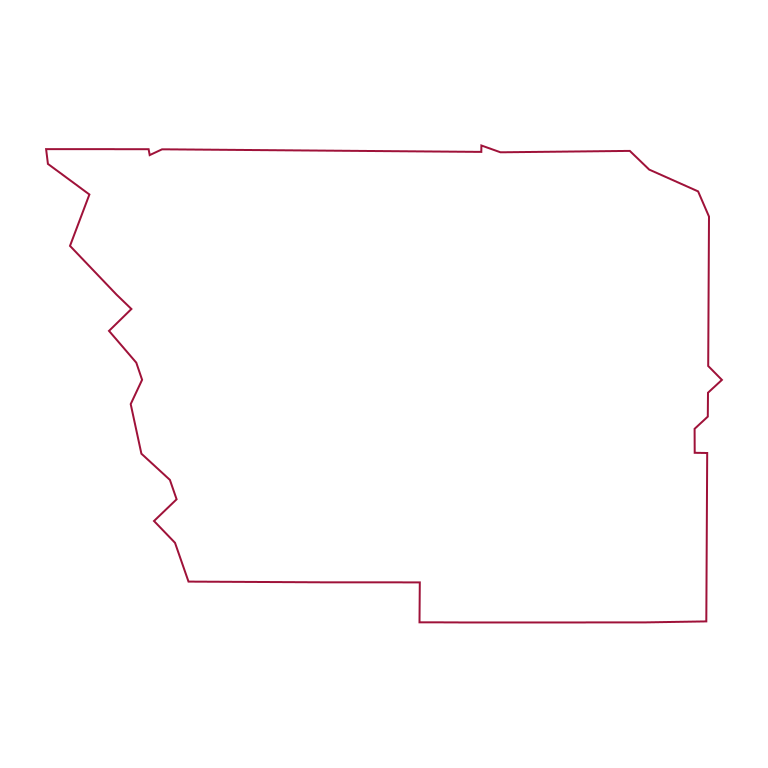 Harris, Georgia, United States of America (Natural Earth projection)
{"feature_id": "52423323B69997643015907", "entity_name": "Harris", "entity_type": "district", "adm_level": 2, "iso_a3": "USA", "parent_name": "United States of America", "parent_adm1": "Georgia", "projection": "natural_earth1", "projection_center": [-84.945, 32.728], "detail": "fine", "context": "isolated", "style": "outline", "palette": "rose", "viewbox_px": 768, "rotation_deg": 0, "n_neighbors": 0, "source": "geoboundaries", "source_scale": "gbopen_adm2", "svg_char_len": 662}
<svg xmlns="http://www.w3.org/2000/svg" viewBox="0 0 768 768"><path d="M698.1,191.4L649.2,169.6L629.8,150.9L500.5,152.3L481.4,145.5L481.3,151.9L162.1,149.3L149.7,155.1L148.6,149.2L46.1,149.1L47.9,163.7L47.9,163.9L89.4,194.5L70.0,245.9L116.5,294.6L131.4,309.0L109.0,330.9L120.8,344.6L136.3,362.7L142.1,379.8L130.7,404.1L141.4,453.7L169.9,479.9L176.6,499.3L154.0,521.0L175.0,542.8L188.5,581.6L320.1,582.3L381.0,582.3L412.9,582.4L419.8,582.4L419.5,622.3L429.1,622.3L473.1,622.5L644.7,622.4L706.3,621.4L707.2,453.0L694.7,452.8L694.6,428.8L707.8,416.6L708.0,392.7L721.9,379.9L708.2,366.0L709.0,216.6L698.1,191.4Z" fill="none" stroke="#9f1239" stroke-width="2"/></svg>